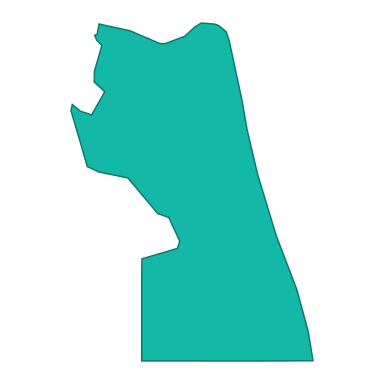 outline of Virginia Beach, Virginia, United States of America
{"feature_id": "52423323B21015613646613", "entity_name": "Virginia Beach", "entity_type": "district", "adm_level": 2, "iso_a3": "USA", "parent_name": "United States of America", "parent_adm1": "Virginia", "projection": "equal_earth", "projection_center": [-76.052, 36.741], "detail": "fine", "context": "isolated", "style": "filled", "palette": "teal", "viewbox_px": 384, "rotation_deg": 0, "n_neighbors": 0, "source": "geoboundaries", "source_scale": "gbopen_adm2", "svg_char_len": 919}
<svg xmlns="http://www.w3.org/2000/svg" viewBox="0 0 384 384"><path d="M141.7,360.9L200.5,360.9L205.9,361.0L252.2,361.0L253.5,361.0L255.0,361.0L255.5,361.0L276.1,360.9L283.2,360.9L284.8,360.9L287.7,360.9L288.6,360.9L290.2,360.8L294.8,360.8L295.4,360.9L296.3,360.8L299.9,360.8L300.3,360.8L303.9,360.8L304.5,360.8L313.0,360.8L308.2,331.4L296.9,289.8L276.2,235.5L257.6,174.3L246.9,128.8L242.4,102.4L241.8,99.5L229.4,41.7L226.2,31.8L218.7,25.6L214.5,24.1L201.3,23.0L194.9,26.9L184.8,36.3L164.8,43.7L162.4,43.6L159.8,43.5L137.0,33.8L130.3,30.9L117.0,28.0L105.2,25.4L99.1,24.0L97.1,34.5L94.8,35.3L96.4,39.5L97.1,40.7L98.5,42.0L101.9,45.4L94.4,71.3L94.3,82.1L104.8,91.7L91.6,114.9L80.4,111.2L72.3,104.5L71.0,110.7L81.1,145.0L87.3,166.6L92.9,169.1L98.8,172.0L127.8,177.9L156.7,212.3L157.8,213.6L168.7,217.4L179.8,241.2L177.4,248.4L142.0,258.8L141.7,276.6L141.7,360.9Z" fill="#14b8a6" stroke="#0f766e" stroke-width="1.5"/></svg>